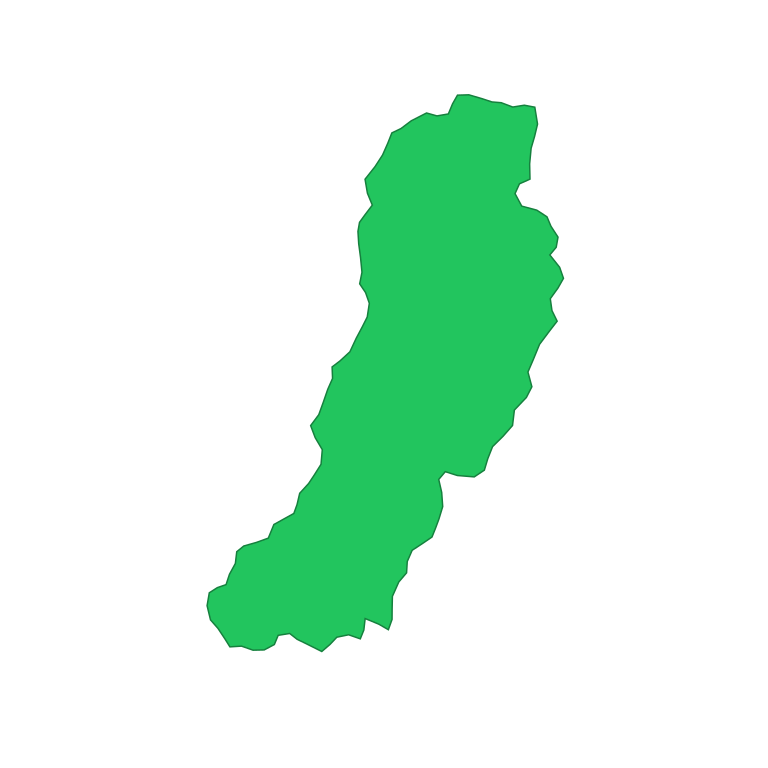 outline of Aracitaba, Minas Gerais, Brazil, rotated 331°
{"feature_id": "56859067B92579903887823", "entity_name": "Aracitaba", "entity_type": "district", "adm_level": 2, "iso_a3": "BRA", "parent_name": "Brazil", "parent_adm1": "Minas Gerais", "projection": "orthographic", "projection_center": [-43.409, -21.349], "detail": "fine", "context": "isolated", "style": "filled", "palette": "green", "viewbox_px": 768, "rotation_deg": 331, "n_neighbors": 0, "source": "geoboundaries", "source_scale": "gbopen_adm2", "svg_char_len": 1755}
<svg xmlns="http://www.w3.org/2000/svg" viewBox="0 0 768 768"><g transform="rotate(331 384 384)"><path d="M650.1,215.0L641.9,208.2L630.9,204.2L622.9,194.8L615.1,189.6L608.1,182.0L598.4,172.2L588.3,167.0L579.8,172.2L571.2,179.0L560.3,175.2L552.6,167.6L535.5,167.0L522.7,168.8L512.6,168.2L504.1,175.2L493.8,183.0L481.6,189.5L466.7,195.7L462.0,209.1L460.5,221.9L449.6,226.7L441.0,230.7L435.2,237.9L429.9,249.0L424.8,262.0L418.9,275.6L411.3,284.6L412.2,295.1L410.3,306.3L401.8,317.3L392.7,323.5L381.9,330.5L369.8,339.3L356.6,342.5L346.9,343.9L341.7,354.2L332.2,361.4L322.2,370.4L312.1,379.2L299.7,384.8L297.8,397.6L298.2,411.5L290.0,423.7L278.7,429.9L269.8,434.5L257.3,438.7L249.5,447.3L242.4,453.5L233.3,453.5L219.6,453.5L208.1,462.7L195.6,460.7L182.8,457.7L173.9,459.3L167.0,468.9L156.6,475.5L148.6,482.9L139.5,481.3L130.0,481.9L121.8,492.1L117.9,506.2L120.3,517.2L121.3,529.8L121.8,539.2L132.3,544.2L140.4,553.3L150.3,558.5L161.8,558.7L169.6,552.5L180.6,556.5L184.3,565.3L190.1,573.5L199.9,587.8L210.5,585.6L220.0,582.6L231.5,586.2L239.7,595.4L247.1,589.4L253.8,580.0L262.9,591.4L268.7,601.0L276.9,593.8L282.1,584.6L288.4,573.8L301.0,564.3L312.2,560.1L318.3,550.5L328.0,543.1L341.2,542.1L351.8,541.1L359.4,534.9L366.6,528.7L375.9,519.7L381.9,506.8L385.6,494.0L395.1,490.4L403.8,499.6L417.9,509.0L430.0,508.0L438.6,499.6L448.6,491.4L462.9,487.4L476.3,482.6L485.4,470.0L502.0,464.8L512.0,458.1L515.7,443.3L526.3,435.1L539.3,424.7L554.0,418.1L565.9,413.0L566.5,401.2L570.8,390.0L582.7,384.4L592.2,378.6L594.2,367.1L591.6,351.5L600.9,347.9L607.4,339.9L606.5,326.9L607.6,316.8L601.9,306.0L590.7,295.2L590.9,281.0L599.5,274.6L611.0,275.6L618.1,262.1L627.0,249.1L635.7,240.5L644.3,231.1L650.1,215.0Z" fill="#22c55e" stroke="#15803d" stroke-width="1.5"/></g></svg>